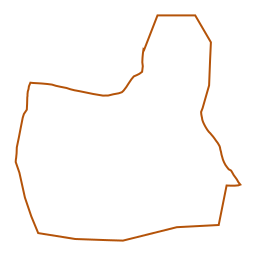 outline of Belle Vue, Gros Islet, Saint Lucia
{"feature_id": "8701671B15632424418996", "entity_name": "Belle Vue", "entity_type": "district", "adm_level": 2, "iso_a3": "LCA", "parent_name": "Saint Lucia", "parent_adm1": "Gros Islet", "projection": "natural_earth1", "projection_center": [-60.943, 14.085], "detail": "fine", "context": "isolated", "style": "outline", "palette": "amber", "viewbox_px": 256, "rotation_deg": 0, "n_neighbors": 0, "source": "geoboundaries", "source_scale": "gbopen_adm2", "svg_char_len": 1409}
<svg xmlns="http://www.w3.org/2000/svg" viewBox="0 0 256 256"><path d="M108.7,240.2L123.0,240.6L176.8,227.2L218.7,225.0L226.6,185.5L231.5,185.7L233.7,185.7L235.6,185.6L237.6,185.4L238.1,185.4L240.3,184.6L238.4,182.2L236.9,179.5L235.1,177.0L233.7,175.1L232.3,172.6L231.1,170.6L229.7,169.8L228.7,169.3L226.9,167.0L225.4,164.9L224.0,162.2L222.9,159.5L222.2,157.0L221.5,154.6L221.0,151.9L220.3,149.4L220.0,147.5L219.5,146.0L218.7,144.6L217.7,142.9L216.1,140.8L214.5,138.5L213.0,136.5L211.7,135.0L210.3,133.3L208.8,131.8L207.3,129.8L205.8,127.4L204.8,125.6L203.9,123.8L203.2,122.3L202.6,120.7L202.2,119.3L202.0,117.8L201.7,116.5L201.3,114.4L201.1,112.0L202.6,108.1L209.1,85.4L210.1,59.7L210.9,42.3L195.2,15.4L193.0,15.4L175.2,15.4L157.5,15.4L144.1,49.9L143.5,49.3L142.9,53.5L142.5,57.9L142.3,62.2L142.8,66.2L142.1,71.8L139.4,73.8L136.8,75.1L133.8,76.4L131.4,79.3L128.5,83.6L126.4,86.9L123.6,90.6L121.9,92.2L118.7,93.3L113.2,94.3L108.3,95.5L102.9,95.6L93.3,94.0L80.1,91.3L77.4,90.8L76.9,90.7L74.6,90.3L70.2,89.2L66.6,88.0L60.5,86.8L55.9,85.8L52.0,84.6L47.3,84.0L41.8,83.5L37.0,83.2L33.2,83.0L30.4,82.7L28.9,86.4L28.5,89.2L27.8,91.4L27.6,93.3L27.5,94.0L27.5,96.1L27.3,97.0L27.1,104.0L26.8,109.7L23.9,114.0L22.7,117.8L20.8,127.4L18.9,137.3L16.8,147.4L16.6,153.2L16.1,158.3L15.9,159.2L15.7,162.0L19.4,172.7L24.9,197.5L31.3,216.4L38.2,233.1L75.1,239.0L108.7,240.2Z" fill="none" stroke="#b45309" stroke-width="2"/></svg>